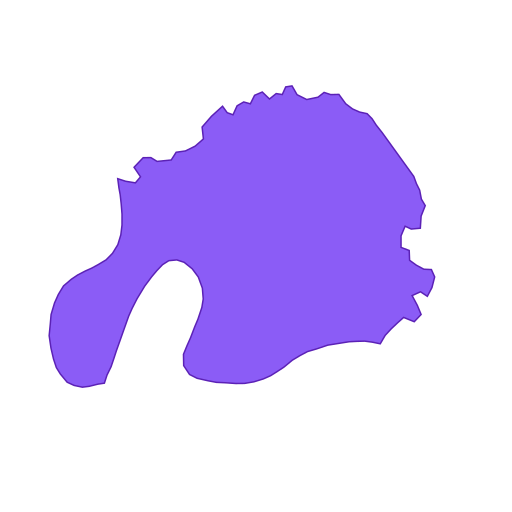 outline of Caxambu do Sul, Santa Catarina, Brazil, rotated 18°
{"feature_id": "56859067B6253969040856", "entity_name": "Caxambu do Sul", "entity_type": "district", "adm_level": 2, "iso_a3": "BRA", "parent_name": "Brazil", "parent_adm1": "Santa Catarina", "projection": "natural_earth1", "projection_center": [-52.929, -27.152], "detail": "fine", "context": "isolated", "style": "filled", "palette": "violet", "viewbox_px": 512, "rotation_deg": 18, "n_neighbors": 0, "source": "geoboundaries", "source_scale": "gbopen_adm2", "svg_char_len": 1929}
<svg xmlns="http://www.w3.org/2000/svg" viewBox="0 0 512 512"><g transform="rotate(18 256 256)"><path d="M100.6,225.2L104.6,233.6L107.9,239.7L111.6,247.9L115.6,257.5L119.0,268.0L120.9,277.6L121.1,287.9L118.7,297.8L114.6,306.0L108.6,312.9L103.4,318.4L98.3,323.0L92.3,329.1L87.6,335.1L82.2,343.9L79.9,353.6L78.9,362.9L79.2,375.0L81.5,384.8L83.9,395.7L89.5,407.0L95.3,416.6L100.6,423.8L106.4,428.7L115.4,434.4L123.0,435.3L131.4,434.4L137.6,431.5L145.3,426.7L151.1,423.8L151.1,415.3L152.4,406.0L152.5,397.2L152.5,389.2L152.8,378.7L153.1,366.9L153.5,352.4L154.4,343.9L156.1,333.3L159.5,318.9L163.2,308.0L166.2,300.6L169.8,293.1L174.5,287.4L181.9,284.2L189.6,284.2L199.3,287.9L207.6,293.8L214.9,303.1L219.1,313.2L220.4,321.7L220.3,334.1L219.6,342.3L219.0,354.0L218.1,362.6L217.4,371.9L221.1,382.6L229.4,389.2L237.7,390.5L248.8,389.5L257.4,388.4L266.5,385.9L276.2,383.5L284.5,380.7L292.9,376.3L301.0,370.6L306.9,365.3L312.3,358.8L317.0,352.9L322.7,343.9L328.7,337.0L334.5,331.0L342.1,325.8L351.8,318.6L371.0,308.8L378.3,306.0L385.6,303.4L393.2,302.0L401.3,301.1L403.4,291.5L407.1,283.5L411.4,275.6L415.4,268.8L426.8,269.6L431.1,260.6L424.7,253.1L416.7,245.4L423.5,239.2L431.4,241.4L433.1,231.7L432.4,220.7L427.0,214.7L419.7,216.7L411.4,215.2L403.4,212.6L400.0,203.4L391.3,203.0L387.7,192.0L388.6,181.6L395.3,182.4L403.7,178.8L400.7,167.0L401.4,155.8L395.7,150.8L391.3,142.8L386.2,137.6L381.5,131.6L337.9,99.7L329.8,94.3L324.0,89.6L317.7,86.3L310.0,87.1L302.4,86.3L294.3,83.5L284.9,76.7L277.2,79.4L270.2,79.4L265.9,85.8L255.9,91.5L245.2,89.9L237.7,83.1L232.0,86.0L231.1,94.3L225.0,95.3L220.3,102.5L211.3,98.1L205.0,103.6L203.6,113.0L196.7,113.3L191.6,119.0L190.5,128.8L184.3,128.6L177.9,123.9L170.5,136.8L164.9,150.0L169.8,160.9L164.2,170.3L156.4,177.9L148.0,182.0L145.7,190.9L132.7,196.6L125.6,194.9L118.3,197.4L112.6,209.3L121.7,216.4L118.7,223.7L108.9,225.2L100.6,225.2Z" fill="#8b5cf6" stroke="#5b21b6" stroke-width="1.5"/></g></svg>